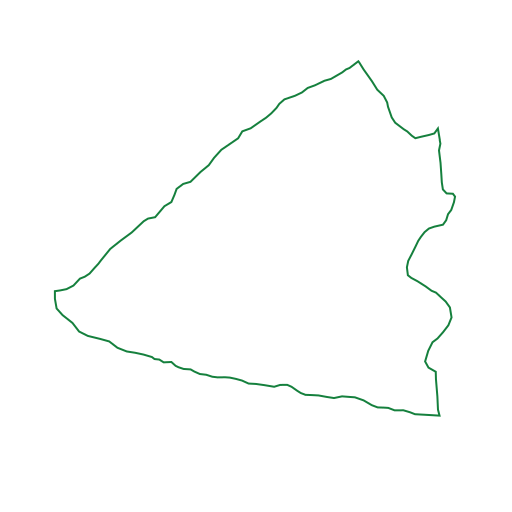 Quba District, Quba, Azerbaijan (Equal Earth projection), rotated 353°
{"feature_id": "54616110B77048085748362", "entity_name": "Quba District", "entity_type": "district", "adm_level": 2, "iso_a3": "AZE", "parent_name": "Azerbaijan", "parent_adm1": "Quba", "projection": "equal_earth", "projection_center": [48.485, 41.2], "detail": "fine", "context": "isolated", "style": "outline", "palette": "green", "viewbox_px": 512, "rotation_deg": 353, "n_neighbors": 0, "source": "geoboundaries", "source_scale": "gbopen_adm2", "svg_char_len": 2199}
<svg xmlns="http://www.w3.org/2000/svg" viewBox="0 0 512 512"><g transform="rotate(353 256 256)"><path d="M381.3,75.2L371.7,80.8L368.1,81.8L363.9,84.3L351.9,89.4L345.3,90.4L335.2,93.8L327.8,95.5L321.5,99.3L314.3,101.7L303.3,104.0L297.7,107.8L294.4,111.5L288.5,116.3L282.8,120.0L277.2,122.8L270.6,126.3L266.3,128.6L257.6,130.6L252.6,137.0L234.6,146.3L226.4,153.4L220.2,160.1L211.2,165.8L200.0,174.4L192.5,175.6L185.4,179.7L182.5,185.4L178.6,192.1L171.2,195.4L160.6,205.2L153.4,205.7L148.8,207.8L135.5,217.5L123.6,224.2L112.2,231.2L101.6,241.4L98.5,244.6L94.7,247.8L88.6,253.2L83.5,255.7L78.5,257.0L71.2,263.1L63.9,265.8L57.4,266.3L52.1,266.4L51.2,274.0L51.7,283.8L56.8,291.1L65.7,300.1L71.2,309.4L79.3,314.8L91.2,319.3L99.9,322.9L107.3,330.2L111.7,332.6L116.1,335.0L124.2,337.3L132.3,340.1L140.4,343.6L142.7,345.9L147.4,347.0L151.4,350.3L159.1,350.9L162.8,355.2L165.4,356.9L170.4,359.3L177.3,360.6L180.6,363.1L185.9,366.3L192.1,367.8L197.9,370.5L203.2,371.8L210.6,372.6L215.2,373.5L221.0,375.5L226.9,377.9L233.1,381.7L240.4,383.0L248.6,385.2L258.1,388.0L264.3,386.9L271.3,387.7L275.3,390.1L280.5,394.8L283.8,397.5L287.6,399.5L288.0,399.8L294.8,400.9L301.0,402.0L309.0,404.5L316.1,406.5L324.3,405.8L331.7,407.3L336.9,408.3L345.2,412.4L351.2,417.0L352.8,418.2L358.3,421.1L365.2,422.2L368.8,422.9L374.8,426.1L383.5,427.1L389.9,429.9L394.5,432.4L406.7,434.6L418.7,436.8L417.9,430.7L418.9,417.6L419.6,400.2L420.3,392.8L413.6,387.8L411.0,381.3L415.4,371.1L420.7,363.1L426.1,360.0L432.4,354.4L438.5,348.2L442.6,340.8L442.2,330.7L438.7,324.3L434.4,319.3L430.2,314.3L426.0,311.9L420.6,306.8L412.9,300.5L407.5,296.7L404.4,293.6L404.4,285.6L406.5,279.4L410.7,273.3L415.7,265.7L418.9,260.7L422.1,257.0L426.3,252.8L431.0,249.8L436.6,248.6L445.4,247.7L449.1,243.7L451.7,237.9L455.4,234.1L459.0,226.8L460.8,221.3L459.0,218.2L452.8,217.1L449.6,212.7L449.4,205.6L449.9,197.4L450.5,186.1L450.5,173.5L452.7,167.0L452.5,163.5L452.6,163.1L452.1,151.6L447.9,156.1L442.1,157.0L434.2,157.8L428.5,158.5L425.3,155.6L421.3,150.8L418.1,148.2L410.4,140.7L407.6,135.0L405.2,123.9L404.9,119.6L402.3,112.6L396.6,105.7L392.4,96.7L388.7,89.8L385.6,84.1L382.1,76.6L381.3,75.2Z" fill="none" stroke="#15803d" stroke-width="2"/></g></svg>